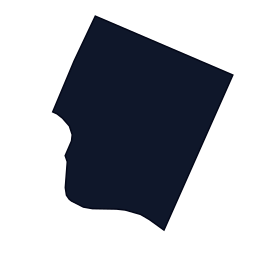 outline of Benzie, Michigan, United States of America, rotated 293°
{"feature_id": "52423323B60700785062974", "entity_name": "Benzie", "entity_type": "district", "adm_level": 2, "iso_a3": "USA", "parent_name": "United States of America", "parent_adm1": "Michigan", "projection": "orthographic", "projection_center": [-86.137, 44.646], "detail": "fine", "context": "isolated", "style": "filled", "palette": "ink", "viewbox_px": 256, "rotation_deg": 293, "n_neighbors": 0, "source": "geoboundaries", "source_scale": "gbopen_adm2", "svg_char_len": 420}
<svg xmlns="http://www.w3.org/2000/svg" viewBox="0 0 256 256"><g transform="rotate(293 128 128)"><path d="M113.4,52.4L113.3,57.1L111.5,63.8L106.9,73.3L100.0,79.3L93.9,81.1L78.0,81.0L73.2,85.3L48.6,93.6L42.1,97.6L39.5,101.7L38.7,104.6L37.8,117.8L39.9,126.8L48.9,149.1L51.4,157.4L53.4,173.3L52.1,183.4L48.1,201.0L217.7,203.8L218.2,54.2L168.6,52.2L113.4,52.4Z" fill="#0f172a" stroke="#020617" stroke-width="1.5"/></g></svg>